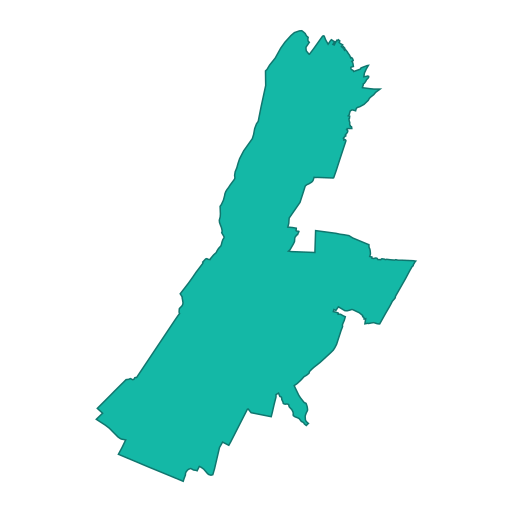 outline of Gura Foii, Dâmbovita, Romania
{"feature_id": "2599482B74557997064430", "entity_name": "Gura Foii", "entity_type": "district", "adm_level": 2, "iso_a3": "ROU", "parent_name": "Romania", "parent_adm1": "Dâmbovita", "projection": "mercator", "projection_center": [25.309, 44.762], "detail": "fine", "context": "isolated", "style": "filled", "palette": "teal", "viewbox_px": 512, "rotation_deg": 0, "n_neighbors": 0, "source": "geoboundaries", "source_scale": "gbopen_adm2", "svg_char_len": 6027}
<svg xmlns="http://www.w3.org/2000/svg" viewBox="0 0 512 512"><path d="M379.7,323.9L385.8,313.0L389.3,307.0L391.0,303.9L392.3,301.3L395.0,298.2L395.3,297.5L395.4,296.5L395.8,295.7L405.5,278.7L409.9,270.4L412.1,266.6L412.8,266.1L413.2,265.6L413.3,264.8L415.0,261.9L415.7,261.1L413.2,260.7L401.8,260.2L398.3,260.2L397.1,260.0L395.9,259.7L395.4,259.8L394.7,260.1L390.8,259.8L386.6,259.3L385.8,259.6L384.9,259.5L384.6,259.2L383.4,259.0L382.3,258.8L381.5,258.9L380.8,259.7L379.7,259.6L377.9,259.6L377.0,258.3L376.4,258.1L375.5,258.0L374.1,258.4L373.4,258.5L371.8,258.1L371.9,257.0L369.7,256.5L370.2,254.8L370.4,254.2L370.4,253.1L370.2,250.9L369.9,249.3L369.6,248.5L369.1,247.6L369.0,246.7L368.9,244.6L368.4,244.5L352.8,238.0L348.9,235.6L343.8,234.7L339.9,234.2L335.9,233.3L333.6,233.0L315.6,230.6L314.9,252.5L291.4,251.6L288.5,251.1L289.5,250.2L290.4,249.1L293.4,243.9L294.5,241.6L294.8,237.9L295.1,237.1L295.7,236.5L296.5,235.1L296.9,234.8L297.5,234.8L297.7,234.5L297.7,234.1L298.8,231.8L298.9,231.4L298.7,231.3L296.8,231.1L296.2,230.8L296.0,230.5L296.3,228.9L296.3,228.2L292.3,227.5L287.8,227.1L288.8,223.3L289.0,220.0L289.2,218.0L300.0,202.4L303.3,192.2L304.9,187.1L305.1,186.4L305.4,185.9L306.8,184.7L308.9,183.8L311.5,182.2L312.4,181.4L313.1,180.3L314.1,177.3L315.4,177.5L317.4,177.4L333.2,178.0L333.7,177.7L336.2,170.6L339.8,159.4L345.8,141.2L345.9,140.5L345.6,140.0L345.1,139.7L343.8,140.0L343.9,138.7L343.4,138.5L343.4,138.2L343.8,137.5L344.5,137.0L344.9,136.2L345.7,136.1L345.8,135.5L345.4,134.8L346.5,133.6L347.5,132.1L347.7,131.4L347.8,130.9L347.4,130.3L346.7,129.7L347.2,129.3L347.2,128.6L351.8,128.5L351.7,127.6L351.5,126.7L350.7,126.4L350.4,126.4L350.3,125.4L349.8,125.0L349.7,124.4L349.6,124.0L349.8,123.1L349.7,122.1L349.4,121.5L349.2,120.6L348.9,118.8L349.4,118.6L349.7,116.2L348.3,115.8L348.9,115.1L349.3,114.4L349.6,112.9L350.2,111.0L351.8,110.0L352.9,110.0L355.6,110.8L355.9,109.6L356.5,108.2L357.5,107.4L359.8,106.7L364.0,104.4L368.2,100.4L369.4,98.3L370.5,97.2L373.7,94.7L375.6,92.4L380.0,89.1L374.1,89.1L370.2,88.7L362.4,87.7L362.4,87.3L363.2,85.2L363.3,84.6L363.2,84.0L364.3,83.3L365.8,81.2L366.6,79.6L367.7,78.6L368.6,77.4L368.7,76.4L368.0,76.1L367.6,76.0L366.3,76.4L363.8,76.7L364.5,72.8L365.4,71.0L366.2,69.1L368.4,65.4L367.1,65.6L361.8,67.6L360.7,68.2L360.4,69.1L353.7,71.5L353.4,70.8L352.5,70.1L351.4,69.5L351.0,69.0L350.8,67.5L351.2,67.1L353.4,66.5L352.9,63.3L352.4,62.1L351.8,61.4L353.2,60.6L352.9,59.4L352.4,58.4L351.6,57.6L350.8,58.0L349.6,55.3L348.1,53.2L347.2,51.7L345.3,49.4L344.5,50.2L343.8,48.8L344.6,48.0L343.3,46.6L342.6,47.6L341.4,46.5L342.6,44.8L340.5,43.6L339.1,42.5L339.8,40.9L338.3,39.7L337.5,40.6L336.9,40.2L336.1,41.4L334.2,45.0L332.9,44.4L334.6,41.6L333.8,41.3L331.4,39.7L330.6,40.5L328.1,44.2L325.6,39.8L324.2,36.1L323.2,35.8L322.3,36.5L313.5,48.9L309.4,54.3L309.0,54.2L306.3,50.9L306.0,49.0L306.0,47.2L309.3,42.3L308.1,41.1L307.9,39.9L307.9,38.5L308.2,37.7L307.7,36.8L306.7,36.2L305.8,34.7L305.2,33.5L303.5,32.0L301.8,30.7L299.3,30.9L294.4,32.6L291.0,35.5L285.0,42.1L280.8,48.0L275.2,58.1L269.6,65.1L267.0,69.5L265.5,70.9L265.6,80.2L265.7,85.5L261.1,106.7L258.2,121.4L256.5,123.8L254.7,128.5L253.6,134.5L252.3,138.7L243.7,150.8L239.6,158.7L238.0,163.5L236.8,167.8L235.2,171.7L234.6,175.4L234.9,177.6L234.7,178.7L233.9,180.0L230.3,184.8L228.5,187.6L226.9,189.7L225.7,191.7L224.9,193.9L224.6,195.7L223.4,200.2L221.3,204.7L220.1,206.3L220.4,214.0L220.2,216.9L219.6,219.1L219.3,220.2L219.5,222.4L220.4,225.0L221.4,227.5L222.1,230.4L222.0,232.1L221.7,232.7L222.0,233.2L223.7,236.1L224.1,236.9L224.0,237.8L222.8,239.7L222.0,242.0L221.4,244.5L220.9,245.9L219.0,247.9L218.3,248.8L217.0,250.9L216.2,252.6L213.6,254.9L210.5,258.6L210.1,259.6L207.9,259.3L207.0,258.7L206.2,258.7L205.5,259.1L202.7,262.1L203.0,262.5L202.8,263.4L196.1,272.2L192.5,277.5L188.5,283.1L180.2,293.8L182.3,297.1L182.1,297.7L182.4,299.1L183.0,302.7L182.9,303.7L182.6,304.8L181.8,306.1L179.7,308.2L179.3,308.8L179.1,311.8L179.2,312.8L179.6,313.6L178.1,315.5L175.2,319.7L136.6,377.5L135.4,377.5L134.8,377.7L133.9,379.3L132.8,379.7L131.7,379.3L130.7,378.6L130.3,378.6L128.9,379.3L126.1,379.6L114.9,390.7L110.5,395.2L97.3,408.4L102.6,413.2L96.3,419.3L105.4,425.2L109.2,428.1L117.9,436.9L119.9,438.3L121.1,439.0L122.5,439.3L125.7,439.9L122.0,447.6L118.4,454.3L148.1,466.8L166.6,474.4L183.2,481.3L184.2,478.2L185.4,475.1L185.5,473.4L186.1,471.9L187.5,470.1L188.7,469.2L190.8,468.5L193.5,470.0L196.2,470.4L197.1,470.8L199.3,466.4L201.0,467.2L203.7,469.1L207.6,473.7L208.9,474.6L211.0,475.2L212.8,474.7L214.5,468.9L219.5,447.5L222.6,442.1L228.8,445.3L230.6,442.1L247.4,409.2L248.2,409.0L251.1,412.7L271.2,416.7L272.3,412.4L274.1,404.5L276.0,397.0L276.0,394.6L278.5,393.1L279.9,396.5L281.0,396.8L281.6,397.6L281.8,399.6L283.0,402.1L283.2,403.3L284.0,403.9L285.3,404.2L286.4,404.0L287.7,404.1L288.7,404.6L288.8,405.2L288.9,405.9L289.4,407.1L290.2,407.8L290.6,408.6L291.5,409.1L293.0,412.0L293.3,413.9L293.1,414.9L293.4,415.7L295.0,416.8L297.4,417.7L299.2,418.6L301.4,421.5L302.8,422.1L303.9,423.0L304.3,423.9L306.3,425.5L308.4,423.4L307.7,422.9L306.7,421.9L305.8,420.8L305.4,419.7L305.2,416.9L305.2,416.0L305.5,415.0L306.3,412.8L307.2,411.1L307.6,410.0L307.4,408.0L307.1,406.4L306.2,403.7L305.7,403.1L304.4,402.7L303.5,401.7L300.5,397.9L298.8,395.3L294.9,387.2L294.2,385.6L297.1,383.6L301.3,379.7L304.0,376.7L306.6,375.2L308.7,373.5L309.2,372.9L309.4,371.6L311.9,369.1L314.0,367.2L320.0,362.5L330.7,352.7L333.3,350.1L334.8,347.8L336.6,344.3L341.1,330.4L342.2,327.6L342.6,326.5L342.4,325.1L342.7,324.0L344.3,320.3L345.3,316.7L343.4,315.9L340.8,314.4L340.1,314.2L339.6,314.2L338.1,314.3L338.1,313.9L338.3,313.3L338.2,313.0L337.8,312.8L335.7,312.2L333.3,311.6L333.9,309.5L335.9,310.4L338.4,306.8L344.9,310.7L347.2,310.8L349.9,310.1L351.7,309.5L352.7,309.6L356.4,311.4L359.0,312.6L359.5,312.9L362.7,315.6L362.6,316.4L362.8,316.8L363.3,317.0L363.9,317.5L364.1,319.1L365.7,318.7L364.9,323.8L367.6,323.3L368.6,323.5L371.6,322.9L373.8,322.6L377.1,323.7L378.6,323.9L379.7,323.9Z" fill="#14b8a6" stroke="#0f766e" stroke-width="1.5"/></svg>